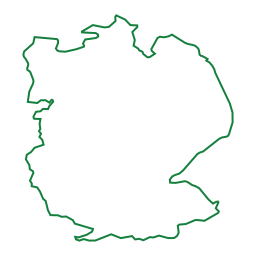 an SVG outline of Lincolnshire
{"feature_id": "GBR-2081", "entity_name": "Lincolnshire", "entity_type": "Administrative County", "adm_level": 1, "iso_a3": "GBR", "parent_name": "United Kingdom", "parent_adm1": "", "projection": "natural_earth1", "projection_center": [-0.294, 53.122], "detail": "fine", "context": "isolated", "style": "outline", "palette": "green", "viewbox_px": 256, "rotation_deg": 0, "n_neighbors": 0, "source": "natural_earth", "source_scale": "10m", "svg_char_len": 2274}
<svg xmlns="http://www.w3.org/2000/svg" viewBox="0 0 256 256"><path d="M171.9,34.6L185.3,43.0L188.8,44.2L192.2,44.8L195.4,45.9L198.3,48.6L198.9,50.3L199.3,52.7L199.7,54.8L200.8,55.7L202.4,56.1L207.6,59.0L206.3,60.6L209.4,62.4L212.2,65.6L214.3,69.3L215.1,72.4L229.9,103.7L232.5,112.5L232.6,122.4L228.9,134.5L227.8,136.1L225.8,136.8L222.2,137.4L219.2,138.8L203.1,151.5L199.7,152.6L197.3,154.1L183.1,170.4L179.3,173.6L175.0,175.0L172.2,176.5L169.8,179.7L170.1,182.6L175.6,182.9L185.0,181.2L187.3,181.9L192.4,185.2L194.9,185.9L199.2,188.2L208.5,199.5L213.0,203.6L216.2,201.8L218.8,201.5L218.7,201.5L218.3,202.5L215.8,208.3L218.8,211.4L218.3,212.8L204.5,220.8L199.5,220.2L195.4,220.0L185.9,224.0L179.2,224.6L177.8,225.8L178.7,232.7L177.0,236.0L174.1,238.0L168.3,238.1L159.3,235.7L159.0,235.6L153.3,237.5L149.9,237.1L143.4,240.2L139.2,238.8L135.1,239.4L132.1,236.1L120.8,238.1L111.2,234.3L95.4,240.5L89.3,240.6L83.7,239.1L79.3,240.6L76.0,239.3L75.2,236.9L78.5,237.4L86.7,234.8L92.1,231.6L93.0,229.0L74.8,223.6L72.8,220.1L66.1,216.5L61.7,216.8L58.0,215.3L50.4,215.1L50.3,214.8L47.9,210.1L45.7,201.0L43.1,198.8L39.9,191.4L37.2,187.4L31.7,186.2L31.8,183.5L30.0,180.7L33.4,172.8L32.9,171.2L29.8,169.2L29.4,165.2L25.9,159.3L26.8,154.8L31.2,151.9L34.5,147.8L43.6,144.7L42.3,139.9L39.4,136.9L41.0,133.8L39.0,131.1L40.3,128.9L39.6,123.7L40.5,119.0L34.7,118.8L33.8,118.5L33.5,116.6L36.0,111.8L40.4,111.3L43.0,108.9L48.0,109.1L49.5,105.8L53.1,101.8L52.7,100.2L51.6,99.8L49.4,102.6L45.4,100.2L40.8,100.3L37.3,103.0L27.8,101.9L29.3,91.6L32.9,83.9L33.5,81.4L33.2,79.6L30.3,72.2L29.5,71.2L28.3,70.5L27.3,69.7L27.2,68.2L28.0,65.7L28.3,64.4L28.1,63.2L25.7,59.0L23.9,56.7L23.4,54.3L24.2,51.4L29.9,46.3L33.2,43.4L34.6,37.1L56.9,39.1L58.1,40.4L58.1,43.1L55.9,48.5L57.3,50.5L59.2,51.3L65.4,51.7L76.4,49.2L83.8,46.7L84.1,45.7L83.0,43.5L85.2,39.5L96.0,38.0L98.2,36.5L98.0,34.6L95.8,33.1L82.1,32.4L82.0,31.5L92.9,25.1L104.4,27.4L108.9,26.9L115.5,21.1L115.3,16.8L116.3,15.4L117.1,15.8L125.2,19.6L130.4,25.1L137.2,25.4L137.3,27.0L132.3,32.1L134.8,40.0L133.6,45.6L138.2,48.6L139.4,50.5L142.4,51.7L143.3,54.0L147.5,57.3L149.7,57.1L154.9,53.7L151.7,50.8L151.3,49.2L157.5,38.0L160.0,36.7L163.7,37.3L168.0,36.5L170.7,35.3L171.0,35.1L171.9,34.6L171.9,34.6Z" fill="none" stroke="#15803d" stroke-width="2"/></svg>